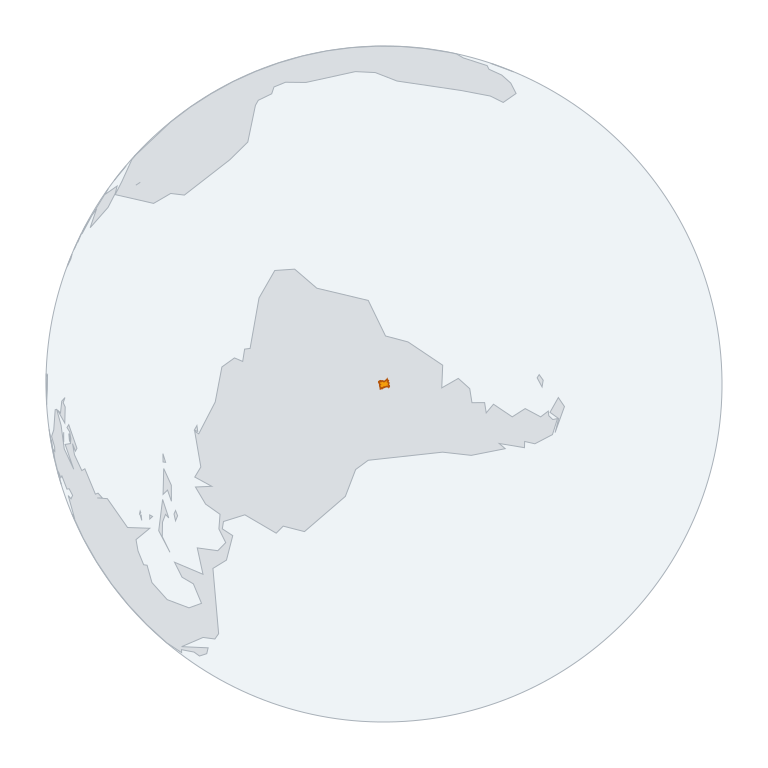 San Pedro on an orthographic globe, rotated 265°
{"feature_id": "PRY-606", "entity_name": "San Pedro", "entity_type": "Department", "adm_level": 1, "iso_a3": "PRY", "parent_name": "Paraguay", "parent_adm1": "", "projection": "orthographic", "projection_center": [-56.605, -24.173], "detail": "fine", "context": "on_globe", "style": "filled", "palette": "amber", "viewbox_px": 768, "rotation_deg": 265, "n_neighbors": 0, "source": "natural_earth", "source_scale": "10m", "svg_char_len": 6016}
<svg xmlns="http://www.w3.org/2000/svg" viewBox="0 0 768 768"><g transform="rotate(265 384 384)"><circle cx="384" cy="384" r="338" fill="#eef3f6" stroke="#a8b0b8"/><path d="M281.9,61.9L276.5,63.7L276.9,64.1L300.4,59.7L296.9,62.2L300.2,64.1L307.1,61.2L306.9,59.0L320.5,55.1L318.7,53.8L323.9,52.4L326.5,51.2L337.7,49.5L347.3,49.0L345.7,50.2L349.9,50.4L360.8,48.3L367.0,51.0L387.0,54.2L387.3,55.7L371.1,58.7L347.2,59.8L326.1,67.5L351.6,61.1L352.0,66.5L357.0,67.3L363.8,66.7L368.3,64.4L370.9,66.4L346.7,72.5L344.0,70.7L351.7,68.5L340.4,69.5L324.1,75.4L325.6,78.6L299.4,86.9L300.2,89.6L294.9,93.6L295.5,88.4L293.9,98.4L263.4,116.0L260.7,138.1L250.6,123.4L239.2,124.4L224.9,128.8L224.1,132.2L206.4,135.5L188.1,149.2L178.0,170.2L181.4,183.1L201.5,176.7L209.1,166.0L224.7,159.8L210.2,187.1L237.0,183.7L232.4,203.9L239.8,212.5L254.0,206.9L268.5,209.3L279.9,195.8L297.8,187.2L297.1,203.5L307.8,187.4L317.3,194.3L353.5,191.3L350.5,195.1L380.8,214.3L415.1,224.0L423.0,237.3L418.8,245.2L430.9,248.2L431.1,253.7L480.6,267.0L506.6,285.1L506.2,305.0L485.3,325.4L468.6,375.6L431.7,389.7L423.8,411.6L397.6,444.1L375.1,441.2L383.1,458.5L371.9,469.0L357.7,470.0L356.7,482.6L346.3,483.3L354.3,491.3L340.1,508.9L347.2,522.5L337.6,537.2L342.7,545.3L338.0,545.4L333.9,549.0L334.4,553.8L318.9,547.4L311.3,529.1L314.5,519.1L308.3,518.4L314.7,493.6L309.0,499.1L305.3,464.7L311.0,436.4L309.4,361.6L301.3,348.3L275.4,335.7L243.9,291.9L251.2,271.2L244.8,263.6L265.8,234.0L261.0,212.1L253.8,210.3L246.1,220.1L222.3,211.7L215.2,197.5L149.7,197.5L144.7,193.3L147.3,181.7L140.0,159.5L136.5,185.8L130.8,183.9L129.1,176.5L133.5,171.4L137.0,159.1L134.0,159.0L145.2,144.9L165.0,126.7L186.1,110.1L208.5,95.2L232.1,82.2L256.6,71.0L281.9,61.9ZM257.5,146.8L288.3,153.4L269.3,157.9L273.2,155.0L265.7,151.3L251.3,149.8L235.0,156.1L257.5,146.8ZM274.6,130.7L269.2,130.8L274.7,129.7L274.6,130.7ZM320.1,52.3L323.2,51.8L321.1,52.2L320.1,52.3ZM318.3,52.6L313.7,53.5L312.1,53.8L315.0,53.2L318.3,52.6ZM323.8,51.5L324.4,51.4L317.1,52.8L323.8,51.5ZM345.8,561.8L320.7,550.2L334.3,555.0L341.3,546.9L355.3,556.5L345.8,561.8ZM367.3,541.2L376.8,537.1L379.8,539.4L373.9,542.9L367.3,541.2ZM602.5,126.2L597.1,122.5L604.5,135.4L597.3,132.9L584.0,124.5L565.3,104.9L583.6,113.0L577.2,107.6L559.8,96.2L566.9,100.1L562.0,96.9L566.9,99.9L602.5,126.2ZM708.5,478.4L706.5,485.0L701.9,491.5L692.2,514.5L688.4,516.0L681.5,528.2L672.7,536.5L661.9,540.9L654.1,527.3L661.6,515.0L669.8,485.9L684.7,423.3L695.0,402.5L697.7,382.7L691.2,332.4L693.2,312.2L689.5,300.3L682.9,297.4L677.6,283.5L672.8,280.2L636.9,269.4L620.8,249.9L589.6,201.6L592.4,188.1L584.0,170.2L596.1,132.7L608.7,140.6L629.6,152.4L634.0,156.9L642.4,167.5L663.6,194.3L676.8,215.3L688.3,237.2L698.3,259.8L706.5,283.2L713.0,307.0L717.8,331.3L720.8,355.9L721.9,380.6L721.2,405.4L718.8,430.0L714.5,454.4L708.5,478.4ZM603.7,154.1L606.2,158.8L603.7,154.1ZM354.6,191.0L358.9,194.0L353.0,194.3L354.6,191.0ZM265.9,164.4L272.8,163.5L276.1,165.3L270.7,166.9L265.9,164.4ZM325.6,157.1L333.9,157.7L325.0,159.6L325.6,157.1ZM293.3,154.3L319.0,157.2L301.7,163.3L285.7,162.0L297.2,159.1L293.3,154.3ZM269.9,138.9L274.0,139.2L272.2,141.9L269.9,138.9ZM278.7,130.0L277.0,130.5L275.2,128.9L278.7,130.0ZM353.4,66.2L355.4,65.7L362.1,65.7L358.3,66.8L353.4,66.2ZM395.0,61.5L398.3,65.0L393.4,62.8L388.9,64.4L372.9,62.6L386.7,56.4L383.3,59.2L395.0,61.5ZM355.4,59.7L363.9,60.7L354.0,59.9L355.4,59.7ZM536.2,82.3L540.5,84.6L535.8,82.9L529.5,79.2L529.9,79.2L535.9,82.2L536.2,82.3ZM560.6,95.9L551.8,91.3L552.7,91.3L546.5,87.9L544.9,86.8L560.6,95.9ZM368.0,46.5L365.8,46.6L362.0,46.8L368.0,46.5ZM358.7,47.0L362.8,47.0L352.5,47.7L357.6,47.8L338.8,49.1L338.2,49.2L358.7,47.0ZM423.9,48.4L421.0,48.4L422.5,49.6L407.9,48.1L397.0,46.6L392.8,46.2L423.9,48.4ZM633.7,156.4L632.5,155.0L632.9,155.4L633.7,156.4ZM614.9,137.4L615.9,138.2L623.8,146.1L621.5,144.0L614.9,137.4ZM612.3,134.9L615.3,137.7L610.9,133.6L610.3,133.1L612.3,134.9ZM683.6,540.4L685.0,537.4L692.6,521.7L694.2,518.1L683.6,540.4Z" fill="#d9dde1" stroke="#a8b0b8" stroke-width="1"/><path d="M388.6,387.6L387.9,387.8L387.5,388.0L387.4,388.0L387.1,388.6L386.9,388.7L386.7,388.5L386.5,388.2L386.4,388.2L386.2,388.1L386.1,387.9L386.1,387.7L385.9,387.6L385.8,387.8L385.7,388.0L385.4,388.2L385.3,388.3L385.2,388.5L384.6,389.0L384.4,388.9L384.1,388.7L383.5,388.4L383.1,388.4L382.8,388.5L382.0,388.7L381.9,388.7L381.8,388.8L381.8,389.0L381.7,389.0L381.4,389.1L381.2,389.0L380.8,388.9L380.7,388.8L380.8,388.8L380.8,388.7L380.7,388.6L380.7,388.4L380.6,388.2L380.8,387.9L380.9,387.5L381.0,387.5L381.2,387.4L381.3,387.3L381.3,387.2L381.4,386.9L381.2,386.8L381.2,386.7L381.1,386.4L381.1,386.2L381.2,385.9L381.1,385.7L381.0,385.3L381.0,385.1L381.0,384.7L380.9,384.7L380.7,384.4L380.7,384.2L380.8,384.0L380.9,383.9L381.0,383.7L380.9,383.6L380.7,383.6L380.6,383.4L380.6,383.2L380.4,383.2L380.4,382.9L380.3,382.7L380.2,382.6L380.1,382.4L380.3,382.2L380.3,381.8L380.3,381.7L380.2,381.7L380.3,381.6L380.4,381.4L380.1,381.1L379.7,380.9L379.6,380.7L379.4,380.5L379.4,380.4L379.4,380.2L379.4,379.9L379.6,379.9L379.7,380.0L379.8,380.0L380.0,380.1L380.3,380.0L380.5,380.0L380.6,379.9L381.0,379.9L381.4,379.9L381.6,379.8L381.7,379.7L381.8,379.7L382.0,379.7L382.4,379.7L382.5,379.6L383.0,379.6L383.3,379.6L383.5,379.6L383.8,379.7L384.0,379.7L384.0,379.8L384.1,379.7L384.3,379.7L384.5,379.7L384.9,379.5L385.0,379.5L385.2,379.4L385.3,379.4L385.4,379.2L385.5,379.2L385.8,379.1L386.0,379.0L386.2,378.9L386.3,378.9L386.5,378.9L386.8,379.0L386.8,379.3L387.0,379.4L387.0,379.5L386.9,379.8L386.5,380.1L386.5,380.3L386.7,380.6L386.8,380.7L387.0,380.6L387.1,380.4L387.5,380.2L387.6,380.3L387.6,380.6L387.6,380.8L387.4,381.1L387.4,381.3L387.4,381.5L387.3,381.8L387.2,381.9L387.0,382.1L386.9,382.1L387.3,383.0L387.2,383.2L387.1,383.3L386.9,383.5L386.6,383.6L386.5,383.8L386.4,383.9L386.4,384.1L386.4,384.3L386.4,384.5L386.5,384.6L386.6,384.8L386.6,385.0L386.8,385.3L387.0,385.4L387.1,385.5L387.5,386.1L387.6,386.4L387.6,386.6L387.8,386.8L388.0,387.0L388.2,387.3L388.3,387.4L388.6,387.6Z" fill="#f59e0b" stroke="#b45309" stroke-width="1.5"/></g></svg>